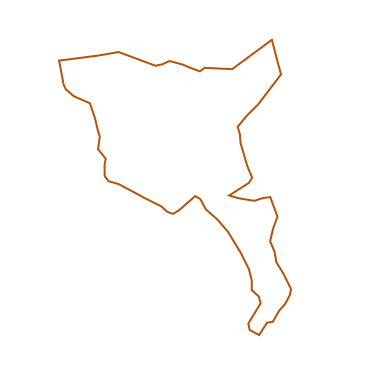 Brejinho, Pernambuco, Brazil, rotated 260°
{"feature_id": "56859067B9303192166892", "entity_name": "Brejinho", "entity_type": "district", "adm_level": 2, "iso_a3": "BRA", "parent_name": "Brazil", "parent_adm1": "Pernambuco", "projection": "mercator", "projection_center": [-37.342, -7.335], "detail": "fine", "context": "isolated", "style": "outline", "palette": "amber", "viewbox_px": 384, "rotation_deg": 260, "n_neighbors": 0, "source": "geoboundaries", "source_scale": "gbopen_adm2", "svg_char_len": 1083}
<svg xmlns="http://www.w3.org/2000/svg" viewBox="0 0 384 384"><g transform="rotate(260 192 192)"><path d="M39.5,233.3L50.3,243.3L50.0,249.0L59.9,257.1L65.9,264.6L73.9,270.7L79.2,272.7L96.0,267.7L102.6,265.1L108.2,262.9L119.0,262.9L129.9,260.4L141.7,265.4L152.9,271.9L162.8,270.1L173.4,268.2L173.7,260.4L172.5,251.9L175.9,241.9L178.1,236.1L182.1,228.0L191.2,249.8L195.7,253.7L207.8,251.0L231.7,248.3L240.5,249.2L248.3,248.3L257.2,258.7L262.7,266.5L266.6,272.2L292.4,300.1L309.9,298.5L328.0,297.1L306.0,252.8L310.1,234.9L312.1,226.0L309.4,220.7L315.6,210.3L319.1,205.0L324.9,192.6L322.9,184.9L322.7,177.9L342.6,144.0L342.6,128.7L342.7,121.9L344.5,83.9L320.1,84.2L315.1,85.5L306.8,92.3L297.1,106.9L280.5,109.4L269.4,109.9L262.5,110.8L250.5,106.9L239.7,112.8L234.4,110.7L223.0,108.8L217.2,111.6L212.5,121.2L193.7,145.1L182.9,159.6L176.8,164.2L173.7,169.4L176.2,176.0L187.4,194.4L183.7,198.9L172.5,202.6L160.4,212.3L146.7,220.4L124.0,229.3L106.0,234.7L94.4,235.5L85.0,233.8L77.6,239.6L70.5,240.3L52.7,224.6L46.1,224.8L39.5,233.3Z" fill="none" stroke="#b45309" stroke-width="2"/></g></svg>